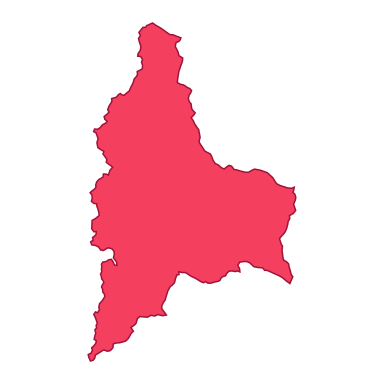 Morretes, Paraná, Brazil (orthographic projection)
{"feature_id": "56859067B69692518230382", "entity_name": "Morretes", "entity_type": "district", "adm_level": 2, "iso_a3": "BRA", "parent_name": "Brazil", "parent_adm1": "Paraná", "projection": "orthographic", "projection_center": [-48.868, -25.508], "detail": "fine", "context": "isolated", "style": "filled", "palette": "rose", "viewbox_px": 384, "rotation_deg": 0, "n_neighbors": 0, "source": "geoboundaries", "source_scale": "gbopen_adm2", "svg_char_len": 4164}
<svg xmlns="http://www.w3.org/2000/svg" viewBox="0 0 384 384"><path d="M180.9,37.8L177.5,36.6L173.2,34.8L169.9,34.6L165.3,31.4L160.9,28.2L155.5,25.1L152.7,23.0L150.6,23.8L148.8,24.8L146.8,25.5L145.6,27.3L142.9,27.4L138.9,32.4L140.4,35.6L138.5,38.4L139.4,42.1L141.0,46.8L140.2,50.5L138.1,53.5L137.7,56.2L140.5,56.4L142.5,59.4L141.5,62.1L142.6,65.5L142.3,68.7L140.3,70.0L137.2,71.5L137.5,74.6L135.7,77.4L134.2,78.9L133.0,83.1L131.4,86.1L130.3,88.5L129.2,91.0L125.7,93.8L124.1,95.3L122.1,94.9L120.2,93.5L118.3,94.7L116.4,97.2L111.6,98.6L111.9,101.4L110.2,104.2L108.8,106.6L107.7,109.8L109.0,112.1L106.9,114.3L104.1,116.5L104.8,119.3L107.1,121.2L105.8,123.0L102.3,124.9L100.0,127.8L97.4,129.3L94.6,129.0L93.6,131.6L96.0,132.8L98.1,138.6L96.9,142.8L97.9,147.7L100.8,149.6L103.8,151.4L103.0,154.1L104.7,156.3L106.8,159.4L106.3,162.4L108.9,164.3L110.6,165.5L112.6,167.3L109.9,170.3L108.4,175.1L106.3,174.1L103.4,174.0L103.0,177.1L98.7,179.6L96.7,181.9L95.7,185.0L96.0,187.2L94.4,189.2L92.0,190.9L90.1,192.7L92.0,195.2L92.2,198.2L91.4,201.4L94.0,203.5L96.8,203.8L96.8,206.1L97.8,208.6L98.7,212.0L99.2,215.5L95.2,218.7L92.1,220.4L91.9,225.3L91.7,228.8L93.9,231.8L96.2,231.6L96.2,234.1L94.7,236.0L92.5,237.5L93.2,240.1L90.6,241.9L91.8,244.9L95.2,245.4L98.3,246.8L100.8,250.1L103.5,250.5L105.8,249.1L107.6,247.9L110.0,248.2L112.2,249.0L114.0,251.5L114.3,254.3L113.4,257.8L116.6,262.1L116.9,265.4L114.4,265.1L113.1,261.9L111.4,259.3L108.6,259.8L106.3,261.5L102.8,262.0L101.4,264.2L101.8,266.6L101.4,269.2L101.9,271.6L100.5,274.1L101.4,276.5L101.6,278.8L103.1,280.5L103.8,282.7L102.4,284.7L101.5,286.9L102.5,289.0L102.9,292.4L104.3,293.9L104.8,296.6L102.4,300.5L99.5,303.7L98.8,307.5L99.4,309.7L97.6,312.7L95.5,311.9L93.8,314.4L95.1,317.0L96.2,319.9L97.3,323.2L96.1,325.5L96.6,328.0L94.9,329.7L95.7,333.2L94.8,336.4L94.1,339.3L96.3,340.8L95.8,343.3L94.1,345.5L91.6,347.9L92.5,350.2L91.1,353.1L88.2,354.5L88.8,357.3L90.4,361.0L93.2,360.2L94.8,358.1L95.3,355.2L103.7,349.9L107.2,351.2L109.8,350.8L111.5,349.5L113.0,347.4L113.3,343.9L116.7,342.9L119.5,342.8L125.6,341.1L128.0,338.9L129.6,336.3L131.2,333.3L133.4,331.2L130.9,327.5L132.7,326.3L134.7,324.8L136.2,323.0L137.4,318.6L139.9,316.5L142.5,316.8L147.5,317.2L150.9,315.3L154.9,316.0L157.8,314.6L162.4,315.7L166.4,315.0L161.8,308.7L161.8,305.8L163.2,302.8L165.1,300.1L165.9,297.3L166.7,294.7L167.8,291.0L170.2,286.7L172.4,285.0L174.5,282.7L175.4,278.9L176.8,275.0L179.0,274.6L178.8,271.7L181.8,272.5L185.6,272.6L190.8,276.1L195.8,278.5L200.8,281.6L203.4,282.7L205.8,281.6L207.4,283.0L209.9,283.3L212.1,282.8L214.3,282.1L217.7,281.4L219.8,280.6L221.0,278.2L222.5,276.7L225.6,275.8L226.5,273.7L228.8,271.3L231.9,270.9L235.3,271.6L237.2,270.9L239.9,271.9L239.6,268.8L237.8,265.2L239.8,262.1L243.6,261.6L246.6,261.5L249.7,262.8L253.9,266.7L257.9,267.5L262.7,267.9L264.6,270.3L267.4,270.5L279.1,275.7L282.5,277.7L286.5,281.1L289.9,283.5L292.8,276.6L291.2,274.6L290.3,270.8L289.2,267.3L288.6,263.9L286.5,261.7L283.7,260.2L282.9,257.4L282.5,253.8L282.0,250.0L282.5,246.2L281.1,243.8L280.3,241.2L279.5,238.8L280.7,237.1L283.8,233.7L285.2,231.8L286.6,228.6L287.2,226.3L287.8,224.1L288.1,221.5L289.7,218.9L289.5,215.6L293.3,213.5L295.7,210.4L293.6,204.3L295.4,199.9L295.8,197.2L294.7,193.9L292.9,192.4L293.7,190.3L294.2,187.2L291.7,188.3L287.4,187.9L279.8,185.4L276.5,183.6L274.6,180.7L272.8,177.7L267.2,172.6L262.5,171.0L260.4,170.2L254.5,169.1L251.7,170.4L248.5,172.3L245.2,172.2L240.2,171.0L236.9,169.9L234.1,169.5L231.5,166.1L229.1,165.4L227.2,166.5L224.1,169.0L221.2,167.6L218.3,164.9L215.3,163.6L213.2,160.5L212.3,158.2L211.4,155.8L210.3,153.9L206.7,152.1L204.6,150.8L202.6,147.6L200.1,143.8L199.0,141.7L200.1,137.4L199.6,134.5L199.1,132.1L198.7,129.6L197.2,127.7L194.5,123.6L193.4,120.9L191.2,117.6L193.7,115.2L195.2,112.9L193.5,111.0L192.0,109.4L191.4,106.7L191.1,103.8L189.5,102.1L188.3,98.5L189.1,95.1L190.4,93.4L191.6,90.6L189.8,88.6L186.8,87.2L185.1,85.8L183.2,84.8L180.4,84.3L177.3,82.5L177.8,77.8L178.3,74.7L178.9,71.3L179.9,68.5L180.8,65.6L181.7,63.3L182.5,60.8L182.7,58.0L179.0,55.7L177.9,51.6L176.5,48.8L175.3,46.6L176.0,42.6L178.7,41.5L180.2,39.9L180.9,37.8Z" fill="#f43f5e" stroke="#9f1239" stroke-width="1.5"/></svg>